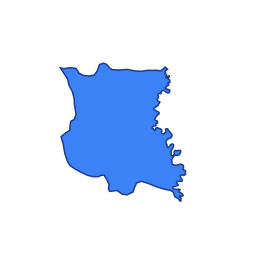 Musan, Hamgyŏng-bukto, North Korea (Mercator projection), rotated 139°
{"feature_id": "82179303B23816821783286", "entity_name": "Musan", "entity_type": "district", "adm_level": 2, "iso_a3": "PRK", "parent_name": "North Korea", "parent_adm1": "Hamgyŏng-bukto", "projection": "mercator", "projection_center": [129.196, 42.155], "detail": "fine", "context": "isolated", "style": "filled", "palette": "blue", "viewbox_px": 256, "rotation_deg": 139, "n_neighbors": 0, "source": "geoboundaries", "source_scale": "gbopen_adm2", "svg_char_len": 5637}
<svg xmlns="http://www.w3.org/2000/svg" viewBox="0 0 256 256"><g transform="rotate(139 128 128)"><path d="M184.3,165.3L187.5,158.3L192.3,150.4L195.6,142.4L196.4,138.0L194.9,131.9L192.6,125.7L189.5,118.7L186.4,114.3L182.5,110.8L179.4,109.9L177.0,108.1L177.9,102.8L179.5,97.6L182.7,94.9L183.5,92.3L177.2,87.9L175.7,81.7L172.6,78.2L166.3,76.4L161.6,79.1L157.6,80.8L152.9,79.1L149.1,72.9L146.0,66.7L142.9,61.4L140.6,57.9L136.7,52.6L135.9,50.0L137.7,45.2L137.4,44.5L137.2,43.9L137.0,43.3L136.4,42.2L136.4,41.0L136.7,39.1L136.6,38.5L136.5,38.3L136.3,38.2L136.1,38.2L135.8,38.4L134.9,39.4L134.3,39.9L134.2,40.2L134.0,41.1L134.0,41.4L134.1,41.9L134.1,42.2L133.9,42.5L133.6,42.7L133.3,42.6L132.7,42.0L132.5,41.6L132.1,41.2L131.5,40.8L131.2,40.8L130.9,40.8L130.7,40.9L130.3,41.6L130.2,42.1L130.3,42.9L130.5,43.9L130.8,44.8L131.4,45.9L131.5,46.2L131.5,46.7L131.4,47.0L131.2,47.0L130.6,47.1L129.4,47.0L129.2,47.2L129.2,47.5L129.4,47.9L129.7,48.4L130.2,48.8L130.7,49.0L131.2,49.4L132.0,50.5L133.3,51.6L133.6,51.9L133.7,52.4L133.7,52.9L133.5,53.5L133.2,53.9L132.9,54.0L132.7,54.0L132.0,53.7L131.2,53.2L130.6,53.1L130.0,52.6L128.6,52.2L127.6,51.9L127.4,52.1L127.3,52.7L127.4,54.0L127.3,54.8L127.0,55.2L126.9,55.4L126.7,55.4L125.3,54.9L124.0,54.2L123.3,53.1L123.0,52.9L122.4,52.6L121.9,52.6L121.4,52.8L121.1,53.3L120.9,54.3L120.8,55.5L120.7,56.3L120.6,56.8L119.9,57.3L119.5,57.5L119.0,57.6L118.4,57.5L118.0,57.3L117.7,57.2L117.5,56.2L117.2,55.7L116.7,55.5L115.7,55.3L115.1,55.4L114.8,55.6L113.8,56.7L112.8,57.7L112.7,58.0L112.7,58.4L113.4,59.9L113.6,60.7L113.6,60.8L113.3,61.1L112.1,61.7L111.3,62.6L111.1,62.8L110.9,63.4L110.8,64.0L111.2,65.1L111.5,65.5L111.8,65.8L112.4,66.6L112.8,66.8L113.9,67.1L114.5,67.3L116.1,68.4L116.7,68.9L117.2,69.5L118.3,71.3L118.4,71.6L118.3,72.0L117.8,72.7L117.2,73.3L116.0,75.1L115.8,75.4L115.5,75.5L114.1,76.1L113.0,76.5L112.3,76.5L110.9,76.9L110.4,76.7L110.1,76.3L109.8,76.0L108.9,75.1L108.5,74.9L107.4,74.4L106.7,74.3L106.4,74.3L105.4,74.6L104.3,75.2L103.6,75.8L103.2,76.2L103.2,76.4L103.3,76.8L103.6,77.3L104.1,77.6L104.9,78.0L105.6,78.4L106.3,79.2L106.7,79.8L107.2,80.0L107.7,80.1L108.7,79.9L109.1,79.5L109.4,78.9L109.6,78.6L110.3,78.0L111.0,77.8L111.7,77.7L112.2,77.8L113.1,78.3L113.2,78.6L113.2,79.1L112.9,79.7L111.7,80.9L111.1,81.4L111.0,81.7L111.0,82.0L110.9,82.3L110.3,82.5L109.1,82.8L106.5,83.8L106.1,84.2L105.3,84.7L104.8,85.2L104.8,85.3L104.7,85.7L104.6,86.2L104.6,86.4L105.0,86.8L105.8,87.3L106.8,87.5L107.1,87.4L109.3,86.9L110.1,86.6L110.6,86.8L110.8,87.1L110.9,87.5L110.7,88.2L110.2,89.1L109.7,89.5L109.5,90.6L109.4,91.1L109.0,92.1L108.7,92.6L108.3,93.0L107.9,93.2L106.9,93.4L106.2,93.5L105.1,93.5L104.2,93.3L102.5,92.6L101.5,92.6L101.0,92.7L100.1,93.0L99.8,93.3L99.4,93.8L99.2,94.2L99.1,94.9L99.1,96.3L99.0,96.8L99.1,97.2L99.0,97.6L99.0,99.3L98.9,100.1L98.7,100.8L98.7,101.2L98.9,101.6L99.2,102.0L99.6,102.4L100.0,102.5L100.4,102.5L100.7,102.3L100.8,101.9L101.0,101.6L101.9,100.1L102.3,100.0L103.2,100.2L103.4,100.2L104.0,100.0L105.0,99.9L105.6,100.6L106.2,101.8L106.2,102.1L106.1,102.3L105.8,102.5L105.5,103.0L104.6,103.4L104.2,103.8L104.0,104.1L103.8,104.6L103.8,104.9L104.0,105.7L104.1,106.2L105.0,107.5L105.4,107.9L105.5,108.8L105.6,109.1L105.9,109.5L106.4,109.6L107.0,109.5L107.7,109.2L108.0,108.8L108.3,108.6L108.8,108.4L109.5,108.4L109.6,108.5L109.4,109.2L109.3,110.2L109.3,110.7L109.4,111.0L109.8,111.3L109.9,111.5L110.0,111.8L109.8,112.2L108.4,112.8L107.9,112.8L107.3,112.6L106.2,111.7L105.7,111.6L105.2,111.7L104.9,112.5L104.6,112.7L104.2,112.8L103.4,113.0L103.1,113.0L103.1,112.6L102.4,112.4L102.0,112.7L101.7,113.0L101.6,113.3L101.5,113.8L101.5,114.4L102.0,115.0L102.2,115.7L102.2,116.3L102.4,116.7L102.4,116.9L102.1,117.2L99.6,117.9L98.1,118.3L97.0,118.5L95.0,118.4L94.8,118.5L94.7,118.7L94.6,119.2L94.5,119.5L94.5,120.1L94.7,120.8L95.2,121.6L95.4,122.0L95.6,122.8L96.0,124.1L96.5,124.9L96.5,125.1L96.4,125.2L96.0,125.6L95.6,125.7L95.1,125.8L94.1,125.7L93.2,125.5L91.7,125.5L91.1,125.3L90.7,125.3L90.3,125.5L89.9,125.8L89.5,126.0L88.2,126.1L87.5,126.4L87.0,126.6L86.9,126.9L87.2,127.3L87.4,128.3L87.7,128.9L87.8,129.2L87.7,129.7L87.2,130.3L85.6,130.9L84.5,131.6L84.1,132.2L84.1,132.9L84.1,133.4L84.1,133.5L83.8,133.6L82.9,133.8L81.9,133.7L81.3,133.3L81.2,133.0L81.2,132.7L80.7,132.4L80.4,132.4L79.4,133.3L78.6,133.7L77.9,133.7L77.0,133.4L76.4,133.0L76.2,132.5L76.1,132.1L76.0,131.2L75.9,130.5L75.6,129.5L75.2,128.6L74.7,128.1L73.9,127.7L73.4,127.7L72.9,127.9L72.6,128.2L72.2,128.7L71.7,129.5L71.9,130.0L72.3,130.7L72.7,131.1L73.3,132.4L73.8,133.4L73.8,133.7L73.8,133.9L73.6,134.1L72.9,134.1L72.0,133.8L71.8,133.8L71.1,134.2L70.8,134.2L70.5,134.2L69.9,133.8L69.1,133.7L68.8,134.1L68.7,135.4L68.6,135.6L68.1,135.9L67.7,135.9L67.2,135.2L66.5,135.0L66.2,135.2L65.9,135.6L65.9,135.8L65.1,136.9L65.1,137.4L65.3,138.3L65.3,138.8L65.2,139.1L65.1,139.3L64.9,139.3L63.8,139.5L63.6,139.5L63.0,140.0L62.8,140.2L62.9,140.5L63.1,140.7L65.6,140.5L66.1,140.6L66.4,140.7L66.4,141.1L66.3,141.3L66.2,141.5L65.8,141.8L65.1,141.9L64.9,142.0L64.5,142.1L64.2,142.4L64.0,142.7L64.1,143.2L64.2,143.6L64.7,144.1L64.6,144.6L64.4,144.8L63.8,145.1L63.2,145.2L62.9,145.3L62.7,145.7L62.7,146.4L62.6,146.5L61.7,146.9L61.2,146.9L60.2,146.3L59.6,146.3L60.0,149.6L65.8,149.6L68.9,153.2L71.2,154.9L75.1,158.5L80.6,162.0L85.3,166.4L90.0,172.6L97.0,177.9L101.6,182.3L102.4,184.9L102.4,190.2L103.9,192.9L107.8,194.6L114.1,191.1L118.9,190.2L123.5,192.9L127.4,197.3L129.0,201.7L128.1,207.0L132.0,211.4L137.5,214.9L139.6,217.8L141.4,204.8L144.6,198.7L146.2,191.7L149.4,185.5L153.4,180.3L158.2,172.4L163.0,169.7L166.9,170.6L170.9,167.1L173.3,164.4L178.8,165.3L184.3,165.3Z" fill="#3b82f6" stroke="#1e3a8a" stroke-width="1.5"/></g></svg>